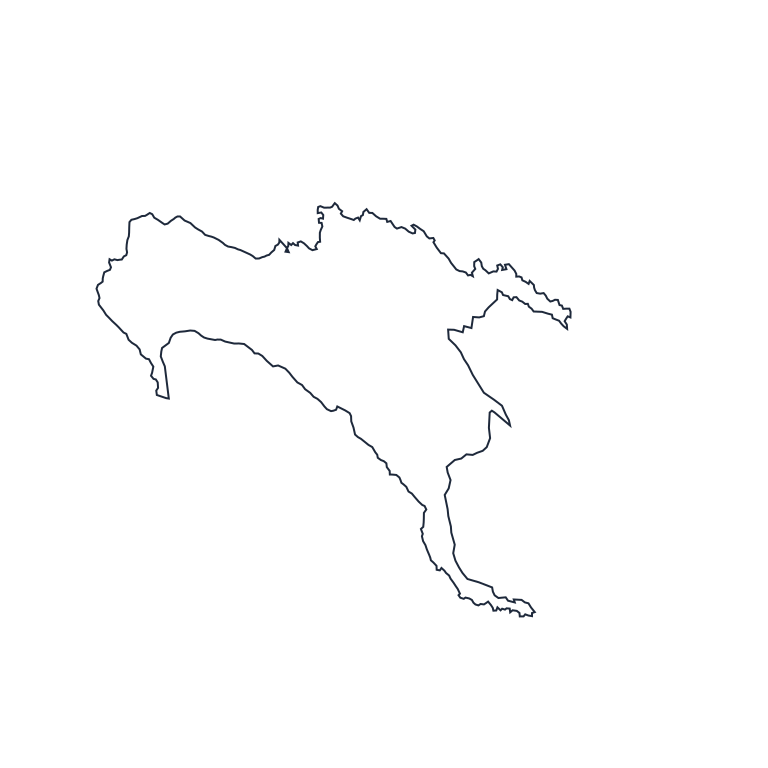 the district of Matrinchã, Goiás, Brazil, rotated 147°
{"feature_id": "56859067B90631259832996", "entity_name": "Matrinchã", "entity_type": "district", "adm_level": 2, "iso_a3": "BRA", "parent_name": "Brazil", "parent_adm1": "Goiás", "projection": "equal_earth", "projection_center": [-50.792, -15.31], "detail": "fine", "context": "isolated", "style": "outline", "palette": "slate", "viewbox_px": 768, "rotation_deg": 147, "n_neighbors": 0, "source": "geoboundaries", "source_scale": "gbopen_adm2", "svg_char_len": 6071}
<svg xmlns="http://www.w3.org/2000/svg" viewBox="0 0 768 768"><g transform="rotate(147 384 384)"><path d="M381.8,110.6L382.4,116.5L382.3,121.4L384.8,124.1L386.2,128.0L392.5,132.6L393.3,129.6L398.0,134.7L398.1,138.8L404.6,142.2L406.3,146.5L405.8,150.5L404.1,154.5L412.5,166.1L420.2,175.0L421.1,182.8L421.0,189.3L420.3,196.9L418.1,204.4L412.2,210.7L408.5,222.7L405.5,228.1L402.0,238.2L398.8,244.4L393.5,257.9L386.6,261.2L380.5,267.2L378.8,275.1L376.6,280.3L366.0,281.7L359.8,279.4L353.2,280.1L348.2,276.2L343.4,275.6L337.6,274.2L332.2,275.1L324.5,280.8L319.9,290.1L310.9,302.5L308.1,302.9L306.8,300.0L300.9,280.5L299.0,285.6L298.5,292.0L296.9,301.5L300.3,310.9L305.0,322.3L304.6,343.3L303.3,353.9L303.4,361.3L302.3,368.7L303.0,377.5L305.1,386.6L300.6,394.7L295.7,391.3L289.8,384.5L285.3,388.9L280.2,383.3L272.8,391.7L267.9,388.0L263.3,386.5L259.8,389.8L254.5,391.3L247.7,392.5L243.1,393.3L240.3,397.4L237.5,400.9L235.2,396.7L235.7,393.8L232.0,389.9L232.2,386.7L230.8,384.5L228.1,386.1L225.6,384.7L225.1,380.4L223.2,377.8L222.0,374.2L219.7,372.9L220.4,370.0L219.2,366.8L219.0,363.3L212.1,358.4L208.2,353.7L205.4,350.7L206.7,347.3L204.9,344.7L202.7,341.7L202.5,338.2L201.9,334.6L200.4,330.5L198.3,334.3L198.3,338.3L195.2,339.8L193.1,340.7L191.4,338.3L188.2,342.9L187.5,346.2L189.9,347.8L192.8,349.4L192.1,352.9L193.8,354.6L193.1,357.3L192.4,359.8L194.7,361.5L197.3,361.8L199.6,362.6L200.6,366.6L200.2,370.0L200.6,373.3L203.8,374.7L206.4,377.1L206.3,380.5L205.6,383.1L204.4,385.4L205.7,391.1L208.2,389.2L209.6,392.6L211.5,395.6L210.6,398.5L212.1,400.6L214.6,402.0L213.1,404.3L212.7,408.0L214.0,416.5L217.6,418.1L218.8,413.6L222.8,415.3L220.8,417.2L221.3,421.0L224.5,421.7L225.7,418.5L228.4,417.0L231.0,418.9L235.9,419.7L237.0,424.2L238.0,426.6L237.8,429.5L236.3,432.9L236.6,437.2L238.7,437.1L241.9,437.1L244.2,433.7L244.8,430.8L249.6,429.5L250.8,426.0L252.0,428.4L254.4,429.3L254.6,432.9L256.7,435.6L259.1,437.5L261.0,440.7L261.4,445.0L261.8,449.1L261.5,454.0L262.6,460.9L265.0,462.7L265.5,469.8L265.3,476.0L263.3,476.8L263.1,479.6L266.7,481.4L267.7,484.5L267.5,490.5L269.2,494.4L270.6,498.2L272.4,501.5L274.7,501.7L273.6,496.4L275.8,493.8L278.0,494.7L280.3,498.3L281.6,502.8L283.9,506.1L288.5,507.3L289.6,509.9L289.7,517.1L293.0,518.2L292.1,521.2L294.2,522.7L297.3,524.8L299.3,529.0L300.6,533.8L303.2,535.6L303.4,540.1L307.6,539.5L309.7,537.2L311.9,537.3L315.2,534.5L315.1,537.7L317.9,538.3L320.0,538.0L322.0,540.6L324.5,543.7L326.9,546.9L327.4,550.4L325.0,551.7L326.4,555.5L325.8,559.0L326.8,562.5L331.0,560.9L333.1,561.3L338.2,564.5L340.5,567.8L342.8,568.3L344.8,566.1L346.5,563.4L343.2,562.0L342.9,558.8L345.1,555.9L346.8,557.7L348.9,558.0L350.7,554.6L348.6,553.1L349.9,549.7L353.2,547.6L355.4,545.8L358.1,541.7L360.1,538.1L362.1,539.0L364.5,538.0L366.6,536.9L366.9,533.8L371.1,535.2L373.0,538.6L373.5,541.6L374.5,545.6L376.1,548.9L379.3,549.7L380.7,546.9L382.9,549.0L383.6,551.7L386.1,551.1L387.3,554.4L389.1,551.9L391.4,550.7L392.3,556.5L393.2,561.9L394.7,559.7L397.1,558.7L399.9,558.9L403.1,556.2L406.9,555.7L410.0,554.9L412.5,555.7L414.8,555.9L417.0,556.7L420.4,557.3L423.3,559.1L424.4,562.8L425.7,565.5L429.2,571.0L431.5,574.6L433.1,576.4L434.9,579.3L437.5,582.0L439.9,584.2L441.6,587.3L442.3,590.1L444.2,594.9L445.5,597.1L446.9,599.5L448.5,601.6L450.3,603.5L452.8,606.5L453.6,611.0L455.7,614.9L457.2,618.2L458.7,624.4L462.2,629.7L463.8,635.6L466.0,637.0L468.4,637.2L470.4,636.9L473.8,636.9L478.1,636.3L481.1,637.3L482.1,639.6L484.2,644.8L486.1,648.6L485.9,652.6L487.3,655.0L490.7,655.0L492.8,655.1L495.5,656.7L500.6,657.4L503.4,658.2L506.4,659.3L509.3,658.4L512.3,654.2L515.3,649.8L517.6,646.8L520.8,644.5L523.9,641.0L526.4,637.6L527.8,634.3L530.0,632.4L532.7,632.7L536.1,631.2L538.0,632.2L540.1,633.1L542.2,635.4L545.0,635.7L546.2,638.1L548.4,635.6L549.4,630.6L551.7,629.0L554.5,629.6L557.8,630.0L560.8,627.3L562.4,625.7L564.2,623.1L566.4,622.9L569.9,622.9L573.2,620.5L573.9,617.6L574.7,614.0L575.8,611.0L578.5,609.2L579.9,605.8L579.3,598.5L579.4,593.4L578.6,589.6L577.7,584.8L576.3,579.3L575.6,576.0L575.0,572.4L574.4,569.0L572.8,566.4L574.1,560.2L573.0,555.9L570.7,551.0L570.1,546.1L571.8,541.3L569.8,534.9L567.6,532.8L568.0,528.6L568.0,524.2L572.4,519.7L574.9,517.8L574.5,513.8L572.9,512.1L572.9,508.6L575.6,503.8L578.6,502.5L580.5,498.5L574.4,490.8L572.4,489.0L558.2,518.2L557.4,523.0L556.2,528.7L553.1,532.5L550.5,535.1L542.1,535.6L537.7,539.0L534.1,540.5L530.3,540.2L526.8,539.0L522.3,536.6L517.4,534.4L513.9,531.7L511.9,527.6L511.0,524.2L509.6,521.0L507.3,518.2L501.7,512.9L499.5,512.0L496.7,510.1L494.1,506.1L487.6,499.5L483.6,497.0L479.5,493.7L476.2,484.5L475.9,480.2L472.8,478.0L470.8,473.8L469.7,467.2L467.5,459.2L462.7,457.2L458.4,450.6L457.3,445.0L456.9,439.9L455.8,432.5L453.3,427.8L453.0,422.6L450.7,416.7L450.0,411.6L447.9,407.8L446.6,403.1L446.2,397.6L445.6,394.0L443.2,390.1L441.1,389.2L438.2,388.5L435.4,390.6L431.0,383.1L428.7,378.3L429.1,375.0L431.8,370.5L433.3,364.1L435.8,357.4L434.8,353.7L433.2,350.6L430.2,341.4L428.2,337.5L428.5,331.4L428.2,328.4L429.4,325.5L428.0,321.9L426.2,319.4L425.2,316.2L426.9,312.8L426.6,308.0L428.4,304.9L426.2,303.4L423.2,301.0L422.0,297.2L422.5,294.4L423.2,291.7L422.3,289.2L421.3,285.6L422.0,280.5L420.3,276.9L419.8,272.4L419.0,266.6L417.8,261.7L416.4,259.6L416.9,255.7L420.7,254.2L424.0,249.3L426.2,246.2L428.9,242.8L432.0,242.3L433.1,237.2L435.1,235.7L436.8,230.9L437.0,226.3L438.1,222.1L438.7,218.8L439.2,215.9L439.8,213.1L440.7,210.6L439.8,207.4L439.0,202.9L441.0,199.5L438.7,197.3L436.0,198.4L435.0,194.5L434.9,191.7L433.7,187.9L434.2,184.6L433.9,179.4L433.9,175.5L433.8,172.0L434.5,166.8L436.5,166.3L436.4,163.2L434.1,160.4L432.0,160.5L429.3,157.7L427.9,155.0L428.1,151.9L427.4,149.3L425.4,146.9L422.8,146.9L420.2,144.7L417.8,144.7L415.2,144.8L414.7,140.4L414.7,137.0L415.7,134.3L413.2,132.9L410.5,134.9L409.5,130.7L407.3,131.2L405.4,128.9L403.4,129.1L400.9,127.2L402.5,123.8L399.4,124.2L396.2,121.4L395.1,118.2L396.7,115.1L393.5,113.1L391.0,113.9L389.0,111.2L386.3,108.7L384.6,111.3L381.8,110.6ZM391.4,550.7L392.1,546.5L394.5,548.6L391.4,550.7Z" fill="none" stroke="#1e293b" stroke-width="2"/></g></svg>